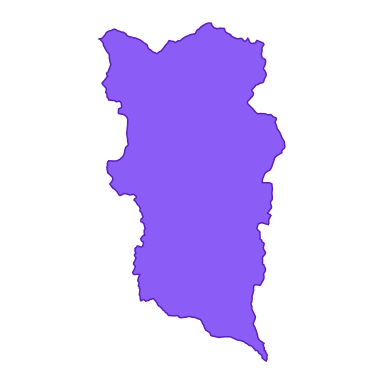 Chhoekhor, Bumthang, Bhutan
{"feature_id": "84629894B98599067496491", "entity_name": "Chhoekhor", "entity_type": "district", "adm_level": 2, "iso_a3": "BTN", "parent_name": "Bhutan", "parent_adm1": "Bumthang", "projection": "mercator", "projection_center": [90.666, 27.781], "detail": "fine", "context": "isolated", "style": "filled", "palette": "violet", "viewbox_px": 384, "rotation_deg": 0, "n_neighbors": 0, "source": "geoboundaries", "source_scale": "gbopen_adm2", "svg_char_len": 5974}
<svg xmlns="http://www.w3.org/2000/svg" viewBox="0 0 384 384"><path d="M99.2,39.0L100.2,39.5L102.0,41.4L103.3,43.1L103.4,45.1L105.2,48.6L106.9,51.5L108.2,53.3L109.3,54.4L109.3,58.0L110.2,62.7L110.9,64.4L108.1,71.9L106.6,73.0L106.7,74.6L107.8,76.2L106.8,77.0L106.2,78.2L102.0,83.2L102.9,84.7L106.3,88.4L106.3,90.0L105.7,92.4L107.1,94.3L107.0,97.0L108.2,98.2L108.7,100.0L111.7,100.4L114.3,100.5L116.1,101.7L117.8,101.6L118.5,101.2L119.6,101.3L121.1,102.9L121.7,107.0L121.6,107.5L118.6,108.9L118.3,112.9L118.7,113.6L123.5,114.5L125.2,115.6L126.8,117.0L127.7,119.4L127.6,125.1L126.7,133.7L127.6,139.1L127.6,141.3L128.3,144.4L127.8,145.4L125.9,147.1L124.9,149.8L124.3,153.5L123.2,156.2L119.9,159.3L116.9,160.9L114.4,161.0L108.6,160.8L108.5,161.2L107.8,161.7L107.6,163.0L107.3,163.5L107.6,165.3L106.8,167.2L107.0,167.5L107.1,169.7L107.7,170.7L107.4,171.2L107.7,171.7L107.7,172.8L110.9,175.6L112.3,177.1L112.8,178.1L112.8,179.3L111.9,181.3L109.8,184.0L112.5,187.7L112.6,187.4L113.7,188.5L115.2,189.6L117.5,192.3L118.8,194.7L120.0,195.5L121.1,195.2L123.7,193.7L125.9,193.7L130.0,195.0L133.7,194.3L136.3,196.6L136.4,197.7L134.8,198.7L133.9,200.0L134.9,200.8L136.2,202.3L137.4,204.5L138.9,205.9L140.4,208.5L139.9,209.8L140.0,211.1L141.9,213.1L142.1,214.7L143.2,216.7L142.3,218.3L141.2,218.9L140.9,220.2L140.8,221.2L141.0,221.7L142.4,222.3L144.0,223.9L144.8,227.8L145.4,228.4L144.2,230.2L144.2,232.8L144.8,235.2L143.5,235.3L142.7,236.0L140.7,238.8L141.5,240.9L143.4,242.2L143.5,242.6L142.6,246.4L141.0,247.1L139.4,246.6L138.9,246.1L137.1,246.1L136.3,247.5L135.2,248.2L135.0,248.7L135.0,251.5L135.8,252.7L135.8,253.3L134.7,254.3L134.4,255.4L135.6,257.2L136.0,257.6L136.0,257.9L135.6,258.6L135.1,260.4L133.8,262.5L133.5,264.0L135.4,266.6L134.0,270.0L132.6,272.3L133.3,274.0L134.3,274.6L137.3,274.3L139.9,274.5L138.2,278.4L137.9,279.7L138.0,281.3L139.1,282.8L138.9,283.9L138.4,284.9L138.4,286.0L138.5,286.4L139.3,286.9L139.4,288.5L140.0,289.3L139.4,293.9L139.4,294.9L140.4,297.2L140.2,298.7L140.6,300.7L141.1,300.8L142.8,299.7L144.1,299.6L145.7,301.2L147.3,300.5L148.5,300.7L149.8,299.3L151.4,299.3L153.1,298.5L153.7,298.6L153.7,299.0L155.6,300.9L157.1,303.1L157.4,304.2L158.6,305.9L160.3,306.8L161.3,308.0L161.8,308.3L163.1,310.2L163.9,310.5L165.1,311.6L165.4,312.6L167.1,313.3L167.5,314.3L168.6,315.5L175.1,315.9L176.3,315.6L178.4,316.0L178.8,316.9L180.0,317.6L180.8,317.7L181.8,317.7L184.9,317.2L185.9,317.3L188.3,316.5L190.8,316.7L192.0,317.3L194.9,317.4L196.7,318.1L197.1,318.5L200.4,319.4L201.9,321.8L202.7,323.8L203.7,325.0L204.7,328.2L205.8,330.2L209.2,332.2L210.4,334.0L210.7,335.1L211.5,335.8L218.9,337.4L225.0,336.7L230.0,336.8L231.4,337.2L237.3,340.0L240.6,340.5L242.2,341.1L243.5,341.3L245.8,343.2L247.0,343.6L249.2,345.4L251.5,345.9L252.7,347.0L255.6,350.6L256.9,350.6L257.9,351.0L258.6,353.0L261.5,355.1L262.1,356.1L262.1,357.9L262.5,358.4L265.2,360.5L266.2,361.0L267.0,359.0L266.8,357.5L267.2,354.9L265.4,351.8L265.6,351.1L264.2,350.1L264.3,347.9L263.1,345.0L264.0,343.3L259.3,340.2L257.8,337.3L257.1,333.4L256.6,332.6L256.5,331.5L254.5,326.5L253.6,325.2L253.2,323.9L254.2,320.9L254.9,319.5L255.4,316.9L255.3,316.4L252.1,309.7L251.8,308.5L251.9,306.4L251.1,305.1L250.9,303.7L251.6,302.1L252.1,299.5L252.2,298.4L252.0,296.7L253.7,290.1L253.5,287.8L253.8,286.2L254.5,284.8L258.2,284.9L259.9,285.4L260.8,284.4L263.4,279.8L264.0,277.7L263.9,275.9L263.6,274.8L263.8,273.4L265.1,271.4L265.5,269.4L265.4,268.4L264.2,266.3L263.7,264.7L262.5,264.1L262.5,257.5L262.9,256.5L263.7,255.9L265.4,253.5L265.4,252.1L263.4,248.9L263.4,247.2L264.0,244.9L264.1,243.4L263.6,242.8L261.9,241.7L261.6,240.1L259.8,238.7L260.1,237.0L259.8,233.5L260.0,232.2L257.8,229.9L256.8,228.3L258.4,223.5L259.4,223.5L261.7,222.7L268.2,224.6L268.7,223.6L268.9,222.5L268.6,221.5L269.0,219.2L269.2,218.4L269.8,218.0L270.2,216.8L271.0,215.4L270.2,214.6L267.7,213.4L267.5,212.9L268.5,211.9L269.0,211.0L269.6,210.7L269.7,209.9L271.4,208.1L271.5,206.4L270.5,203.4L270.5,201.9L272.2,199.5L272.3,197.2L271.9,193.0L272.4,188.8L271.8,183.9L269.6,182.8L262.2,182.7L262.5,179.2L264.9,173.3L267.8,171.0L269.7,170.3L271.4,167.7L274.3,159.3L274.4,158.5L275.1,157.4L277.2,155.4L281.9,152.7L281.9,150.7L282.3,150.0L284.6,147.9L284.8,146.5L284.3,141.7L282.0,137.8L279.8,132.4L277.2,128.7L276.5,125.9L275.5,123.3L275.2,122.1L275.4,121.0L276.2,119.8L276.3,118.6L275.9,117.8L273.3,116.9L271.3,114.8L270.1,114.5L268.5,115.0L264.7,113.7L260.1,113.5L258.0,113.8L257.2,113.5L255.8,112.4L252.8,108.7L249.0,105.1L247.5,103.3L247.4,102.2L247.7,101.3L252.4,96.4L253.0,95.3L253.4,94.0L253.4,92.8L252.0,91.1L251.7,90.4L252.0,89.7L254.7,86.8L255.8,85.1L257.7,84.6L260.2,83.1L262.8,82.6L263.5,82.0L264.7,78.2L265.9,76.3L266.1,75.3L266.1,73.3L264.8,70.7L263.7,69.3L263.5,68.4L263.7,67.4L264.6,66.2L265.2,64.2L265.7,61.3L265.6,60.4L265.1,59.4L262.2,57.8L261.8,56.8L261.5,55.0L261.4,53.5L262.0,51.8L262.0,50.7L262.0,47.7L262.9,46.1L263.6,45.4L263.9,44.2L263.1,43.0L257.0,40.4L256.2,41.3L255.8,42.6L255.0,43.0L252.3,43.5L251.0,43.2L249.6,42.0L248.9,40.7L248.8,39.7L247.8,38.3L246.6,40.1L245.7,40.9L244.9,41.3L243.9,40.9L242.3,38.9L241.4,38.4L240.4,38.3L237.2,38.9L235.5,38.1L234.3,37.8L231.5,36.1L230.6,34.7L226.0,32.4L224.8,30.4L224.6,29.1L224.1,28.4L220.1,28.2L218.6,28.5L216.4,28.6L215.9,28.2L214.1,27.9L211.7,25.0L211.4,23.3L210.5,23.0L208.3,23.1L205.9,23.9L203.6,25.1L201.1,26.8L198.9,29.2L197.6,29.6L196.8,30.6L195.4,33.5L194.1,34.0L192.1,34.3L190.0,34.8L188.0,35.9L186.9,36.1L183.9,37.7L180.2,40.7L177.9,40.9L175.3,42.5L174.9,42.5L173.7,41.5L173.0,41.3L171.0,41.2L170.2,40.7L169.0,40.7L168.5,41.3L167.8,43.0L166.0,44.7L161.2,50.9L159.4,51.8L157.0,53.6L156.4,53.5L155.4,52.8L154.0,52.5L152.9,51.9L150.2,49.6L148.5,48.8L146.8,44.5L144.3,43.1L140.5,40.1L135.4,38.0L134.3,37.9L129.0,36.6L126.9,35.6L125.9,33.9L124.4,32.8L122.8,32.1L121.7,32.2L118.9,31.0L118.2,31.1L116.2,29.8L114.4,29.1L112.8,29.6L111.8,30.3L107.8,31.5L106.1,32.9L104.8,35.3L102.4,37.9L100.9,38.7L100.0,38.7L99.2,39.0Z" fill="#8b5cf6" stroke="#5b21b6" stroke-width="1.5"/></svg>